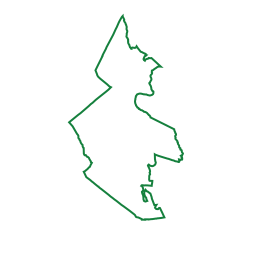 Voineasa, Olt, Romania, rotated 54°
{"feature_id": "2599482B32059299735801", "entity_name": "Voineasa", "entity_type": "district", "adm_level": 2, "iso_a3": "ROU", "parent_name": "Romania", "parent_adm1": "Olt", "projection": "robinson", "projection_center": [24.151, 44.294], "detail": "fine", "context": "isolated", "style": "outline", "palette": "green", "viewbox_px": 256, "rotation_deg": 54, "n_neighbors": 0, "source": "geoboundaries", "source_scale": "gbopen_adm2", "svg_char_len": 5737}
<svg xmlns="http://www.w3.org/2000/svg" viewBox="0 0 256 256"><g transform="rotate(54 128 128)"><path d="M137.4,189.5L143.3,190.6L147.7,189.2L150.4,188.6L151.5,188.2L152.9,187.9L156.7,186.9L157.8,186.6L158.1,186.3L158.5,186.4L160.2,186.0L161.6,185.5L170.8,182.9L173.0,182.4L175.8,181.5L177.7,181.0L180.1,180.2L184.8,178.9L186.3,178.5L188.8,177.6L195.7,175.4L201.6,173.7L202.7,173.5L204.5,173.8L205.4,173.3L206.1,172.6L206.5,172.2L207.8,171.5L209.8,170.4L210.3,170.7L212.3,168.0L212.0,167.8L213.8,165.3L214.0,165.3L215.2,163.1L216.1,161.7L216.6,160.7L216.8,160.4L217.4,159.1L217.9,158.5L218.3,157.4L218.5,157.2L219.9,154.7L220.2,154.2L221.7,151.1L216.6,150.1L211.5,149.2L211.0,149.7L211.0,150.1L211.0,150.3L211.3,151.2L211.3,151.4L211.0,151.8L210.1,152.8L208.4,153.0L207.6,151.8L207.3,151.2L206.9,150.2L205.9,152.0L201.1,150.7L199.6,150.3L199.0,150.1L197.8,149.5L194.2,148.4L193.8,148.6L190.8,149.5L190.5,149.8L190.0,150.1L189.7,150.1L189.2,150.1L188.5,150.1L188.3,150.1L188.6,150.9L189.1,151.9L189.6,152.6L190.4,153.3L191.3,153.8L192.2,154.1L193.4,154.4L195.2,154.3L196.2,154.9L198.3,155.3L198.1,155.8L197.9,156.8L197.7,157.2L196.9,157.7L196.3,157.9L196.2,157.8L195.9,157.7L195.0,157.5L193.1,156.3L191.5,155.4L190.6,155.2L189.6,155.0L188.1,154.4L187.8,154.2L187.6,153.1L187.4,152.5L187.5,152.4L186.9,151.9L186.2,151.5L184.7,151.0L183.3,150.8L183.0,150.9L182.6,151.2L182.4,150.7L182.5,150.3L184.2,148.4L184.7,147.5L185.9,146.0L186.2,145.6L188.7,142.8L188.0,142.2L186.3,140.4L185.1,139.4L183.4,141.6L183.2,141.6L182.0,141.1L180.8,140.1L179.4,139.1L178.8,138.4L178.7,138.2L178.6,137.7L178.4,137.3L178.0,137.1L177.1,136.9L176.7,136.7L176.6,136.3L176.5,136.0L176.1,135.7L175.7,135.4L174.7,135.0L173.4,134.6L170.2,134.0L170.0,133.9L169.9,133.6L169.8,132.7L171.3,132.3L171.8,132.0L172.6,131.4L173.3,130.5L173.5,130.0L173.6,129.0L173.6,128.0L173.5,127.4L173.0,126.7L172.4,125.9L172.0,125.7L170.6,125.3L169.7,124.7L169.2,124.6L165.1,121.8L165.6,121.6L168.6,119.6L175.8,114.2L176.4,113.7L176.9,113.2L177.3,113.0L179.3,111.6L179.7,111.4L181.3,110.0L182.2,109.6L183.2,108.8L183.8,108.1L184.5,107.6L185.3,107.0L185.4,106.7L185.2,106.6L185.1,106.3L185.0,106.0L183.6,105.3L183.4,105.2L184.0,104.7L184.4,104.7L184.8,104.6L184.8,103.3L184.9,103.1L185.3,102.9L185.2,102.6L184.8,102.2L183.8,102.0L183.5,102.1L183.3,102.0L183.6,101.9L183.6,101.6L183.1,101.4L182.7,101.3L182.2,101.3L181.5,101.5L181.5,101.3L181.6,101.2L181.7,100.9L182.0,100.6L182.0,100.4L181.9,100.2L181.6,100.1L181.3,99.1L181.0,98.6L180.4,98.5L179.6,98.6L178.8,98.4L177.6,97.7L177.2,97.8L176.4,98.3L176.0,98.2L175.4,97.6L175.1,97.5L174.5,97.8L173.8,97.9L173.4,97.7L172.8,97.3L172.3,97.0L170.1,96.9L169.9,96.8L169.4,96.3L168.9,96.2L168.3,96.3L167.8,95.8L167.6,95.8L165.6,95.9L165.0,96.0L164.7,96.0L164.5,95.9L164.0,95.6L163.6,95.0L162.9,94.9L162.6,94.8L162.0,94.2L161.8,93.2L161.2,92.8L160.4,92.6L159.8,92.7L159.1,92.3L158.1,92.2L156.9,91.7L156.5,91.7L156.1,91.4L133.0,103.4L132.7,103.6L131.8,103.2L130.5,103.2L129.7,103.6L129.0,103.5L128.4,103.7L127.7,103.7L126.9,103.8L125.5,104.4L124.8,104.9L124.5,105.4L124.4,105.4L123.8,105.6L123.2,105.7L122.5,106.1L122.0,106.2L121.2,106.9L120.8,107.2L120.6,107.3L119.9,107.4L119.3,107.5L119.1,107.9L119.0,108.0L118.4,108.0L117.8,107.8L117.6,107.9L116.9,108.4L115.8,108.2L115.0,108.3L114.3,108.2L113.8,107.9L112.9,107.8L112.3,107.6L111.8,107.3L111.0,107.0L110.0,106.1L109.6,105.8L109.2,105.2L108.4,104.6L107.6,103.5L107.0,103.1L106.8,102.8L106.8,102.2L106.4,101.5L106.2,101.2L106.2,100.9L106.4,100.0L106.9,98.5L107.7,97.4L108.5,96.7L110.2,95.3L110.4,94.9L111.0,94.4L111.7,93.4L112.8,92.8L114.4,91.4L114.6,91.2L115.3,89.3L115.3,87.9L114.9,87.2L114.7,87.0L113.6,86.1L113.3,86.0L113.1,86.0L112.7,86.4L112.5,86.5L110.4,86.3L109.6,85.8L108.8,85.4L108.0,85.1L107.5,84.9L104.7,84.6L104.2,84.4L104.1,84.2L104.2,83.8L104.1,83.4L103.5,82.7L103.3,82.0L102.7,80.7L102.3,80.4L101.4,79.9L99.7,79.6L99.3,79.3L98.8,79.0L98.7,78.7L98.5,78.1L98.4,77.3L97.9,76.4L97.6,76.1L96.8,76.0L96.0,75.2L95.6,74.9L95.9,73.9L95.8,72.0L95.9,70.3L95.9,69.2L95.9,68.2L96.0,67.8L96.8,66.3L97.6,65.4L85.2,67.9L84.6,69.0L84.2,69.5L83.8,69.7L83.5,70.1L83.7,71.3L83.3,71.9L83.2,72.1L83.1,72.4L83.0,73.2L83.0,74.1L83.3,74.4L83.5,74.8L82.6,75.1L82.4,74.8L81.8,74.5L81.3,74.8L80.9,74.3L79.8,72.4L79.8,72.1L79.7,71.5L80.0,71.3L79.9,70.2L79.0,70.8L78.4,70.2L76.2,71.5L75.2,71.9L73.7,72.9L69.2,73.1L66.9,73.0L67.2,73.6L67.5,74.1L67.5,74.5L67.3,74.9L67.3,75.3L65.4,77.3L65.5,78.5L65.9,78.7L65.7,78.9L64.0,78.8L63.7,78.9L62.0,78.3L61.7,78.1L61.0,78.2L60.3,78.0L59.8,78.0L59.0,77.7L58.4,77.2L58.2,77.2L57.7,76.7L57.1,76.4L56.8,76.3L56.7,76.0L56.5,75.9L55.9,75.8L55.3,75.6L55.1,75.7L53.2,75.6L51.8,74.2L50.9,73.6L50.2,72.6L49.2,71.6L48.9,71.5L47.4,71.2L46.4,70.5L45.7,69.8L45.2,69.5L43.8,69.1L43.5,68.9L42.8,68.9L42.0,68.5L41.3,68.4L39.7,68.4L39.5,68.2L38.7,68.1L38.2,67.4L37.9,67.3L36.3,67.0L35.4,66.9L34.6,66.7L34.3,66.5L34.5,67.6L36.3,71.6L37.2,73.4L37.8,74.4L39.5,77.3L39.7,77.6L40.9,80.0L43.8,85.1L50.2,98.2L50.8,99.0L54.0,105.4L54.9,106.8L55.0,106.7L59.6,115.5L62.2,120.4L66.4,121.5L67.4,121.9L69.0,122.0L71.7,121.5L80.4,119.2L83.5,118.6L84.6,118.0L85.0,117.8L85.5,121.3L85.7,124.4L86.1,133.8L86.3,137.7L86.8,141.8L86.8,144.0L87.2,147.0L88.1,157.9L88.1,160.4L88.6,169.3L88.8,172.3L94.1,171.8L102.7,172.7L104.2,172.6L105.0,172.7L106.0,173.3L106.6,173.8L107.4,174.1L108.5,173.9L109.6,174.3L110.5,174.2L111.6,174.7L112.8,174.9L114.0,174.9L115.0,174.7L115.6,175.1L116.0,175.4L117.0,175.7L117.6,175.8L118.1,175.6L122.8,178.8L124.0,179.1L124.9,178.8L125.1,178.1L127.3,178.0L127.8,177.5L129.3,177.2L130.5,177.5L133.2,177.7L133.8,178.1L134.9,177.7L135.9,179.9L137.0,181.7L137.0,182.0L136.9,182.3L137.0,183.0L137.4,184.9L137.6,188.6L137.4,189.5Z" fill="none" stroke="#15803d" stroke-width="2"/></g></svg>